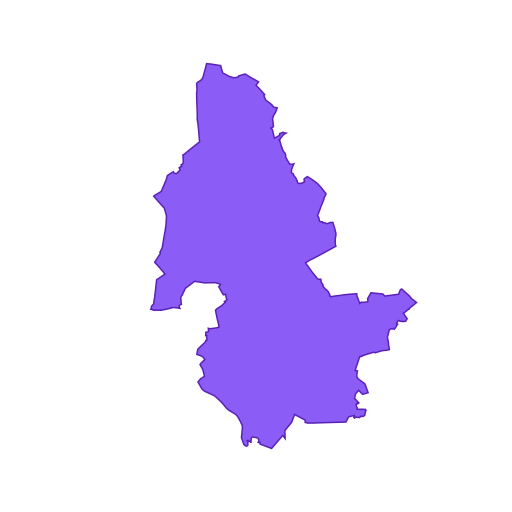 Tumes pag., Tukums, Latvia (orthographic projection), rotated 151°
{"feature_id": "27541924B85005755814597", "entity_name": "Tumes pag.", "entity_type": "district", "adm_level": 2, "iso_a3": "LVA", "parent_name": "Latvia", "parent_adm1": "Tukums", "projection": "orthographic", "projection_center": [23.074, 56.953], "detail": "fine", "context": "isolated", "style": "filled", "palette": "violet", "viewbox_px": 512, "rotation_deg": 151, "n_neighbors": 0, "source": "geoboundaries", "source_scale": "gbopen_adm2", "svg_char_len": 6004}
<svg xmlns="http://www.w3.org/2000/svg" viewBox="0 0 512 512"><g transform="rotate(151 256 256)"><path d="M229.6,426.1L231.5,422.5L235.9,413.8L239.9,406.1L240.8,404.9L243.2,398.5L250.0,383.2L261.4,381.3L269.0,379.9L271.1,379.7L271.6,377.7L272.1,377.5L273.7,374.0L274.5,373.1L275.1,372.2L275.6,372.1L277.4,372.0L277.5,370.4L280.3,370.6L280.5,370.4L280.6,368.1L285.5,366.6L287.1,367.6L287.4,368.0L287.4,368.6L287.4,369.8L293.1,369.5L294.7,369.2L297.6,366.2L300.6,363.9L307.6,358.4L313.9,358.2L315.7,358.1L316.5,357.9L314.8,350.1L313.8,345.8L313.0,342.2L313.5,340.0L314.4,336.3L315.0,334.2L319.6,326.9L323.2,322.2L326.3,318.4L334.0,308.7L338.2,305.9L338.3,304.7L347.4,299.8L347.7,299.5L346.6,295.5L344.9,287.1L344.4,284.3L354.4,283.4L359.8,275.8L364.7,269.0L367.3,265.8L368.1,264.5L369.0,263.6L371.8,262.7L373.0,261.0L373.9,260.5L372.1,258.8L372.2,258.6L371.2,257.8L371.1,258.0L368.5,256.3L365.7,255.0L365.8,254.8L364.5,254.2L362.7,253.9L361.9,253.3L361.0,253.3L360.1,252.9L355.9,251.7L355.7,252.1L353.7,251.2L352.2,250.3L350.3,249.0L348.0,247.1L347.9,248.5L347.2,249.8L345.9,250.1L344.7,249.9L344.5,250.4L342.0,256.1L341.2,256.8L339.0,257.8L338.0,258.8L335.2,260.6L333.9,261.7L333.2,262.0L322.0,263.6L319.0,261.3L318.3,261.0L317.7,260.3L314.3,257.6L304.2,252.2L300.8,248.5L301.0,248.2L303.5,247.1L303.5,239.4L303.3,238.7L303.4,237.9L301.1,237.2L301.7,236.1L302.7,231.9L305.6,231.4L305.1,230.5L305.4,230.4L310.1,229.2L315.9,228.8L317.7,228.2L318.7,225.3L319.7,221.9L319.9,221.6L322.1,213.6L323.0,211.7L326.0,212.5L329.0,213.7L331.3,214.6L331.8,215.0L332.8,215.9L333.7,213.8L334.2,212.9L337.0,213.6L337.1,213.3L337.2,212.9L337.9,211.6L338.1,211.7L338.5,210.9L338.1,210.6L338.2,210.4L337.7,210.1L338.4,209.4L339.5,206.3L340.8,206.5L341.9,205.5L342.4,205.2L348.9,203.6L352.2,202.6L355.5,198.6L352.9,195.9L352.3,195.0L351.4,193.4L350.9,190.2L351.1,190.2L355.1,189.2L356.6,188.7L357.6,188.2L357.6,184.8L357.5,183.3L357.9,181.1L358.6,178.6L358.7,178.1L359.4,175.8L363.8,175.5L367.8,174.0L367.8,168.3L367.8,166.7L367.6,165.6L367.3,164.5L366.9,163.5L366.5,162.6L360.6,154.6L360.0,153.6L359.6,152.7L358.0,147.7L357.2,145.1L356.4,141.7L355.9,138.8L355.6,137.3L355.1,135.7L354.3,133.8L350.7,127.6L350.3,126.3L350.0,125.1L349.9,123.5L349.9,118.7L350.1,115.3L350.4,114.1L350.6,113.6L350.7,113.1L354.2,107.9L356.8,104.2L358.0,96.8L356.8,94.4L355.3,94.2L354.7,94.8L354.4,95.1L354.1,96.1L352.8,97.5L352.7,97.8L353.4,98.5L353.3,98.9L352.7,98.7L352.1,98.2L352.1,97.4L351.6,97.2L350.9,97.0L350.6,96.5L351.1,96.2L351.0,95.7L350.7,95.5L348.4,99.0L347.1,99.4L346.5,99.3L344.9,97.8L343.8,97.2L342.6,95.5L342.7,93.9L343.3,92.9L344.5,92.0L343.9,91.3L342.9,91.0L343.6,89.5L335.7,80.1L319.6,86.1L319.0,82.3L315.4,89.3L305.6,93.2L304.1,94.4L301.6,96.6L301.0,97.0L299.1,98.7L294.8,92.1L292.8,89.1L292.5,88.7L293.7,86.6L291.8,84.8L285.3,81.3L281.3,79.3L257.9,67.2L252.9,70.4L249.5,69.5L247.4,68.9L248.7,67.5L248.3,66.4L246.6,66.9L246.1,66.2L243.8,64.5L241.8,65.0L240.4,63.8L238.2,63.9L236.6,65.7L234.8,67.8L234.6,67.8L234.8,69.0L235.6,69.1L236.7,70.2L237.9,70.7L241.2,72.5L241.9,73.1L241.1,73.9L241.2,75.0L240.4,77.8L238.9,78.1L238.7,77.4L237.3,77.6L238.5,82.8L238.9,83.7L235.8,87.0L235.3,87.3L231.4,88.8L229.8,83.3L224.2,82.1L222.7,91.4L226.2,98.9L226.3,101.9L223.0,106.4L224.0,107.1L224.8,107.8L216.6,115.4L214.0,117.7L213.0,117.5L213.0,117.2L211.1,116.9L211.0,117.2L199.7,114.8L198.7,113.6L191.5,112.0L189.5,111.2L188.2,110.5L184.8,109.5L184.3,110.3L183.4,113.3L181.7,117.3L180.5,121.2L175.2,126.8L173.0,126.8L170.5,125.1L170.4,125.3L170.3,125.1L169.0,125.5L166.6,127.0L165.1,127.7L165.9,128.8L164.7,129.6L162.8,130.6L162.3,130.0L162.4,129.9L159.7,127.7L158.9,127.3L158.9,127.2L157.0,126.5L156.9,126.4L154.2,127.8L154.9,134.5L154.3,134.4L148.4,135.5L148.2,135.4L148.2,135.7L138.1,137.5L140.7,143.4L141.2,146.8L144.6,156.5L146.0,156.6L149.9,153.4L162.7,158.5L163.5,161.3L173.3,168.1L179.2,164.5L179.4,163.4L180.3,161.8L184.0,163.1L186.3,164.6L188.3,164.2L186.9,172.8L186.2,174.2L192.7,177.2L197.1,179.1L200.3,180.3L200.7,180.4L205.2,182.3L210.5,184.2L210.4,184.7L210.5,185.1L210.8,185.5L210.4,186.0L210.2,186.3L210.3,188.0L210.1,188.5L210.1,189.7L210.5,190.8L210.7,191.5L210.6,192.1L210.7,192.4L211.3,193.2L211.5,193.8L211.5,194.7L211.8,195.2L212.2,197.0L211.4,197.8L211.6,198.0L211.5,200.2L211.6,201.3L210.6,204.3L212.5,205.3L213.3,206.4L213.6,208.6L214.8,215.4L216.0,226.0L211.2,226.3L206.0,226.0L181.4,225.8L181.4,226.2L181.0,227.6L178.6,232.3L176.9,234.4L175.8,235.7L175.8,236.1L175.0,237.3L174.6,239.1L173.7,242.2L172.5,248.2L173.3,248.4L174.6,249.3L176.4,249.5L178.4,249.9L179.0,250.7L179.4,251.4L180.1,251.8L180.7,252.4L181.2,252.9L181.7,253.0L181.5,253.8L182.5,254.3L183.5,255.7L182.7,258.5L182.4,259.3L182.7,261.4L181.3,262.5L178.1,265.2L174.8,268.2L174.0,268.7L169.1,272.7L169.1,273.1L167.6,274.3L165.7,275.5L164.6,276.5L165.6,283.1L166.6,287.3L166.7,288.2L167.1,289.2L167.5,290.5L168.8,293.5L170.9,297.6L172.6,300.6L176.1,300.2L176.8,299.8L177.7,297.3L181.1,297.6L183.2,298.6L183.9,299.2L183.9,301.1L183.6,301.4L183.4,303.8L183.4,305.2L183.9,307.9L183.6,309.9L184.5,311.3L184.6,311.9L182.6,314.9L181.7,315.3L180.5,316.6L178.2,318.2L180.0,318.6L182.0,320.3L182.1,321.3L181.9,322.2L182.2,324.2L182.0,328.4L181.0,330.2L180.7,331.7L181.3,334.3L180.8,338.7L180.6,338.7L180.6,339.5L179.9,342.9L179.5,344.1L179.5,344.7L179.5,345.1L179.6,345.6L179.0,345.9L179.4,346.3L173.4,348.7L172.3,348.9L170.1,348.9L170.4,349.2L171.1,349.4L172.2,351.0L175.9,351.6L176.9,350.1L182.8,350.1L180.4,358.7L181.0,360.4L180.7,360.8L180.0,360.4L178.0,360.7L176.4,364.3L175.0,368.1L172.3,370.5L169.2,372.2L165.6,375.3L168.4,377.7L168.8,380.6L171.9,387.7L171.4,392.5L170.2,392.9L170.7,395.3L171.7,399.6L173.2,405.3L169.3,407.1L174.0,414.6L177.3,420.5L183.9,421.9L184.5,421.3L187.1,421.8L189.0,422.7L192.1,425.8L196.4,432.3L194.6,439.7L202.6,445.9L206.0,448.2L206.4,447.9L206.9,447.2L212.9,440.9L216.4,437.4L218.1,436.8L218.6,436.5L222.9,436.2L224.3,435.7L227.0,429.9L228.3,428.3L229.6,426.1Z" fill="#8b5cf6" stroke="#5b21b6" stroke-width="1.5"/></g></svg>